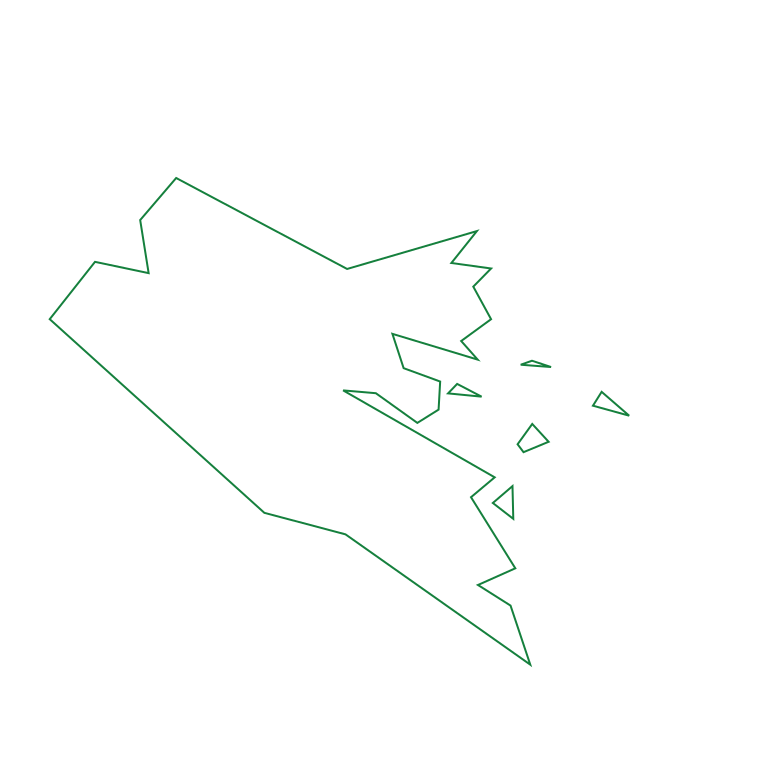 SVG path tracing the border of Guinea-Bissau, rotated 222°
{"feature_id": "GNB", "entity_name": "Guinea-Bissau", "entity_type": "country or territory", "adm_level": 0, "iso_a3": "GNB", "parent_name": "Africa", "parent_adm1": "", "projection": "orthographic", "projection_center": [-15.403, 11.81], "detail": "coarse", "context": "isolated", "style": "outline", "palette": "green", "viewbox_px": 768, "rotation_deg": 222, "n_neighbors": 0, "source": "natural_earth", "source_scale": "50m", "svg_char_len": 769}
<svg xmlns="http://www.w3.org/2000/svg" viewBox="0 0 768 768"><g transform="rotate(222 384 384)"><path d="M87.5,273.3L312.0,246.5L386.7,208.2L675.8,208.5L680.5,281.4L633.1,308.9L674.9,342.7L676.3,398.0L488.4,444.8L417.3,559.8L414.9,519.0L381.7,541.5L382.8,516.1L347.8,503.8L355.4,467.6L330.7,464.8L411.3,426.9L380.0,408.9L343.9,423.4L326.3,401.5L333.2,377.4L383.9,371.7L410.1,351.9L239.3,388.7L243.6,358.1L163.1,334.9L179.7,297.5L141.7,304.0L87.5,273.3ZM217.0,523.8L180.6,524.5L214.2,507.7L217.0,523.8ZM247.1,453.5L223.0,451.2L234.7,426.7L244.4,428.6L247.1,453.5ZM223.5,368.4L220.2,394.1L197.7,370.3L223.5,368.4ZM289.6,500.3L271.2,508.4L295.3,489.8L289.6,500.3ZM329.7,433.0L303.0,439.9L330.1,419.9L329.7,433.0Z" fill="none" stroke="#15803d" stroke-width="2"/></g></svg>